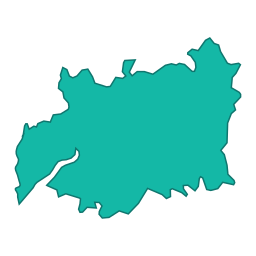 the Administrative County of Gloucestershire
{"feature_id": "GBR-2039", "entity_name": "Gloucestershire", "entity_type": "Administrative County", "adm_level": 1, "iso_a3": "GBR", "parent_name": "United Kingdom", "parent_adm1": "", "projection": "albers", "projection_center": [-2.218, 51.841], "detail": "fine", "context": "isolated", "style": "filled", "palette": "teal", "viewbox_px": 256, "rotation_deg": 0, "n_neighbors": 0, "source": "natural_earth", "source_scale": "10m", "svg_char_len": 2148}
<svg xmlns="http://www.w3.org/2000/svg" viewBox="0 0 256 256"><path d="M19.2,204.1L17.7,197.1L17.7,193.9L16.6,191.6L15.5,189.9L15.4,188.8L15.9,188.1L19.2,186.7L20.1,185.4L20.1,184.3L19.7,182.7L19.1,180.8L17.5,174.9L15.7,170.3L15.4,168.5L15.6,167.1L16.9,165.0L17.7,163.6L18.4,161.0L18.5,159.1L17.1,156.2L16.3,153.9L16.2,151.4L16.6,149.3L17.4,146.5L22.0,139.3L23.5,134.5L23.2,134.7L23.3,134.5L24.6,126.0L25.8,123.8L27.2,123.8L29.2,129.2L33.8,126.2L36.5,126.9L37.9,123.6L43.8,121.1L50.3,122.1L53.3,114.9L60.7,114.0L68.3,109.3L69.0,107.0L68.4,102.9L64.0,98.0L62.9,91.9L58.5,88.4L59.0,82.7L61.4,78.7L60.4,75.1L62.8,67.5L66.9,69.6L69.4,76.1L72.8,77.8L77.0,76.0L82.1,70.1L85.7,69.5L87.8,69.1L92.5,76.8L94.9,83.2L106.6,86.9L110.3,86.4L115.8,77.4L122.7,78.4L125.8,76.0L122.4,71.7L123.6,62.7L124.8,60.5L135.2,59.9L129.3,72.1L132.1,75.8L137.2,71.6L144.3,71.6L152.9,74.2L165.4,65.3L171.4,63.8L176.3,65.0L179.3,63.4L184.6,64.5L192.1,71.4L194.5,71.3L195.9,67.4L195.3,62.3L190.9,55.9L187.7,54.2L187.8,52.7L192.1,49.2L198.2,50.6L205.5,40.3L209.8,38.0L214.2,43.5L218.6,45.0L220.6,51.7L227.4,63.2L231.0,64.6L238.6,63.3L240.4,64.7L235.9,73.4L232.2,77.5L232.1,79.2L231.3,87.7L239.3,92.4L240.6,94.3L240.6,97.0L233.7,104.4L235.5,109.9L231.3,113.6L227.6,123.0L227.0,142.8L220.8,150.4L224.3,154.6L227.0,165.2L227.9,174.3L234.0,180.4L234.7,182.7L233.6,184.7L226.4,183.1L222.7,182.3L217.8,188.6L212.5,190.0L210.7,190.4L206.7,189.5L202.7,177.9L200.5,176.7L199.3,178.6L198.3,186.4L195.0,190.8L187.9,185.2L183.3,185.5L183.5,188.9L187.3,194.3L186.1,196.2L181.7,192.6L172.3,188.7L170.3,189.7L170.5,196.6L166.4,198.5L162.2,194.6L147.6,188.4L138.4,203.4L128.3,213.9L119.2,210.9L109.0,217.4L102.3,218.0L99.1,214.3L99.3,211.5L102.0,206.0L99.3,202.5L94.7,202.3L96.3,208.0L87.1,207.3L82.6,212.1L80.0,212.3L78.6,209.2L80.0,203.9L80.5,198.8L79.7,198.1L65.8,193.8L58.6,196.9L56.9,189.9L47.4,185.7L46.7,185.3L54.4,177.3L61.6,167.4L65.3,165.3L74.3,162.2L77.8,159.1L79.4,155.2L78.9,151.3L75.8,148.3L74.9,154.6L71.1,158.1L66.2,159.7L62.0,160.1L58.1,161.6L55.2,165.3L52.6,169.8L49.6,174.0L37.0,182.3L35.0,184.4L33.1,187.8L19.2,204.1Z" fill="#14b8a6" stroke="#0f766e" stroke-width="1.5"/></svg>